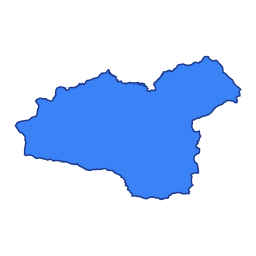 Silos, Norte de Santander, Colombia, rotated 90°
{"feature_id": "7082276B89069958186341", "entity_name": "Silos", "entity_type": "district", "adm_level": 2, "iso_a3": "COL", "parent_name": "Colombia", "parent_adm1": "Norte de Santander", "projection": "robinson", "projection_center": [-72.792, 7.177], "detail": "fine", "context": "isolated", "style": "filled", "palette": "blue", "viewbox_px": 256, "rotation_deg": 90, "n_neighbors": 0, "source": "geoboundaries", "source_scale": "gbopen_adm2", "svg_char_len": 5707}
<svg xmlns="http://www.w3.org/2000/svg" viewBox="0 0 256 256"><g transform="rotate(90 128 128)"><path d="M154.6,231.5L155.5,230.1L154.9,226.9L155.4,224.0L156.4,222.4L157.5,221.3L157.7,220.7L158.1,220.2L158.4,219.0L157.8,217.0L158.1,215.7L158.0,214.7L158.5,213.8L158.5,213.0L158.9,212.3L159.1,210.7L160.0,208.6L159.3,206.0L159.3,205.0L160.6,203.3L160.9,202.5L160.8,201.3L160.4,199.6L160.9,196.1L161.2,195.0L161.7,194.6L161.4,193.0L162.0,192.7L162.0,192.3L161.6,191.4L162.1,190.7L161.9,189.2L163.9,184.8L164.0,183.2L164.3,182.5L164.1,181.7L164.5,181.5L164.4,180.7L163.9,180.2L164.3,179.4L163.9,178.5L164.8,178.3L165.0,177.5L166.1,176.4L166.8,174.8L166.9,174.2L167.5,173.7L168.3,171.5L168.7,170.9L169.5,170.5L169.4,169.2L170.0,168.8L169.8,168.0L170.2,167.6L170.3,165.7L170.0,164.2L169.5,163.5L169.4,161.0L169.7,160.4L169.2,158.7L169.4,156.6L169.2,155.3L169.4,154.4L168.7,153.5L168.4,150.9L169.1,149.7L170.3,148.5L170.5,144.2L171.0,143.0L172.0,142.1L172.5,141.3L173.0,140.9L175.4,135.4L175.9,135.0L177.2,134.9L177.5,133.2L180.9,130.8L182.4,131.1L183.2,130.2L183.9,130.0L184.7,130.4L185.4,130.5L186.4,128.3L188.2,127.9L189.6,128.5L190.4,126.9L192.8,125.3L193.6,123.9L196.1,123.9L195.7,122.0L195.9,120.5L196.5,118.3L196.4,116.4L198.0,113.0L198.5,111.0L198.7,109.1L198.3,108.2L197.5,107.2L197.4,106.4L197.0,105.7L197.3,103.9L197.0,102.7L198.1,99.8L197.6,98.0L198.9,96.4L199.4,95.2L199.3,94.0L198.6,93.3L198.9,92.6L198.3,91.4L198.0,87.9L196.9,87.3L196.1,87.3L195.7,87.0L195.4,86.5L195.4,85.7L194.6,85.2L194.4,84.7L193.3,83.4L193.3,81.4L192.6,79.2L192.7,78.3L192.3,77.3L192.6,76.2L193.1,75.7L193.1,75.0L193.9,72.4L193.5,69.1L193.8,67.2L193.0,67.2L192.1,66.5L191.7,66.4L190.2,67.5L189.3,67.4L186.1,64.7L185.1,63.1L184.3,64.0L183.6,64.4L179.4,64.7L177.1,64.1L174.6,64.9L174.1,64.3L173.1,61.9L172.8,60.4L173.2,58.5L172.9,57.7L171.8,57.5L164.1,58.7L163.3,59.3L162.4,60.9L159.8,62.0L157.5,62.0L156.2,61.7L155.0,60.2L154.0,59.5L153.6,57.9L152.7,56.7L149.8,56.4L148.6,56.7L147.9,58.7L147.6,58.6L147.1,59.8L146.2,60.0L143.8,59.1L143.6,58.8L143.8,58.4L143.6,58.1L143.0,58.1L141.6,58.7L141.3,57.5L141.0,57.3L137.7,56.4L136.4,55.5L136.0,55.5L134.8,56.3L131.1,56.8L131.6,57.6L131.9,60.7L131.2,61.4L130.9,62.4L130.5,62.7L129.4,62.8L129.2,63.2L128.1,63.8L127.3,64.1L126.3,64.1L126.3,64.4L123.1,63.6L121.6,63.8L120.2,63.6L119.9,63.3L119.9,61.7L118.6,59.9L118.2,57.4L116.8,54.4L116.1,52.4L115.6,50.0L114.6,47.5L114.0,46.5L111.8,44.0L109.4,42.3L106.8,39.7L106.3,38.3L105.3,37.0L104.9,36.0L104.8,34.9L104.0,33.4L103.0,32.5L101.6,30.3L100.5,29.6L100.7,28.6L100.5,27.7L100.5,25.9L100.9,24.5L100.7,23.4L101.6,22.0L102.4,21.3L102.7,19.9L102.6,19.3L101.5,18.8L100.1,18.8L98.7,19.6L97.3,19.6L96.7,19.0L96.0,17.1L95.9,16.2L94.9,16.0L91.9,16.8L91.2,16.7L89.3,15.4L88.7,16.2L87.4,17.4L86.2,19.3L85.0,20.7L82.8,22.2L79.9,23.6L77.5,26.9L73.5,30.7L72.3,33.0L68.9,33.2L66.9,33.6L65.3,34.9L63.7,36.6L61.3,38.7L60.4,39.6L60.3,40.1L60.6,41.6L61.0,42.4L60.8,43.6L59.2,46.2L58.2,47.0L57.0,47.4L56.6,47.9L56.7,51.5L58.4,52.6L58.9,53.4L60.0,53.2L61.4,55.0L61.8,56.2L62.8,56.3L62.7,58.7L62.4,59.7L62.4,61.5L62.7,62.2L64.6,64.2L65.6,68.6L65.0,69.4L64.9,70.6L64.0,72.8L64.3,73.7L64.3,74.8L64.5,75.1L64.7,77.2L65.2,78.0L66.2,79.0L67.1,78.9L69.6,82.4L70.6,82.7L70.9,83.7L71.3,83.7L71.4,83.9L71.2,84.2L71.5,84.7L71.4,85.2L71.2,85.6L71.0,85.3L70.5,86.1L70.4,87.5L70.5,87.9L71.1,88.2L71.4,89.6L71.9,90.4L71.9,92.3L72.4,92.9L73.7,93.0L73.8,93.6L74.5,93.3L74.8,94.1L75.4,94.0L75.6,94.2L75.8,95.0L77.1,95.2L77.7,96.3L78.4,96.6L78.6,97.4L79.5,97.7L80.1,98.8L81.1,99.1L81.6,100.3L82.3,100.7L83.2,102.0L84.3,101.8L84.8,102.2L86.4,100.9L88.2,100.5L90.3,100.4L90.6,100.9L90.3,101.6L90.4,103.1L90.1,104.1L90.7,105.6L90.8,106.6L91.5,107.5L91.5,108.0L90.7,108.9L88.5,108.1L87.8,109.1L86.6,109.3L86.1,110.2L86.3,111.5L86.1,112.0L85.7,112.4L85.2,111.5L84.5,111.2L84.2,111.4L83.8,111.8L83.8,112.9L83.1,113.8L83.5,114.5L84.3,114.1L84.3,115.0L85.1,116.1L84.8,116.3L83.7,115.9L83.3,116.0L83.1,117.1L83.9,116.8L84.1,117.0L83.9,117.5L83.6,118.0L82.8,117.6L82.6,117.8L82.6,119.0L83.0,121.0L83.2,121.4L83.7,121.5L83.8,121.9L82.7,122.8L83.0,124.0L83.0,125.2L82.5,125.4L82.4,125.9L83.6,129.7L83.2,130.1L83.7,130.8L83.7,131.0L83.3,131.2L83.2,133.2L82.1,134.7L81.2,134.7L81.3,136.0L81.8,137.5L81.7,138.1L80.7,138.9L80.6,138.3L80.2,138.2L78.8,140.0L77.5,140.2L76.9,140.0L76.9,140.6L76.5,140.6L75.6,142.0L75.5,142.7L75.9,143.2L75.5,143.4L75.2,144.1L74.7,144.0L74.3,145.0L74.2,144.6L73.6,145.5L72.9,145.7L73.1,146.4L72.6,147.0L71.3,146.6L70.2,147.0L69.8,147.4L70.2,148.1L71.4,148.8L72.8,150.2L73.3,151.0L73.0,152.3L73.7,153.5L73.3,153.9L73.2,154.5L74.4,155.1L74.9,156.1L77.2,157.7L77.6,158.3L77.8,159.9L78.4,161.1L78.4,162.7L79.1,163.5L80.0,165.6L80.5,168.6L81.1,169.8L83.8,171.1L84.5,171.9L83.6,172.8L83.5,173.3L83.5,173.7L84.4,174.7L84.5,175.2L83.6,176.0L83.6,176.5L84.1,177.0L85.3,177.4L85.7,177.8L86.0,178.9L86.6,179.2L87.1,179.8L87.1,180.4L87.5,180.9L87.6,181.5L87.3,182.1L87.7,183.5L87.4,185.0L87.8,185.7L87.8,186.7L88.2,186.9L89.6,187.2L89.9,187.7L90.0,189.9L89.1,190.7L88.7,190.9L88.2,190.5L87.8,192.1L87.3,192.3L87.5,193.1L86.8,195.4L87.8,198.5L89.7,199.9L93.1,200.4L95.3,200.2L95.9,201.0L97.4,201.5L97.8,202.5L99.7,202.9L100.9,204.2L101.1,205.0L100.5,206.8L100.3,208.0L99.7,209.3L99.0,209.7L98.7,210.3L99.0,211.0L98.7,212.2L98.8,212.7L98.2,215.7L98.4,216.8L99.8,219.3L100.7,220.1L101.5,220.2L105.6,217.2L106.4,217.1L110.0,218.4L115.4,219.2L116.5,220.8L117.5,224.3L118.8,225.5L120.0,227.3L120.4,228.5L120.5,230.3L121.7,236.6L122.5,238.3L123.2,239.2L125.9,240.6L127.2,239.5L131.6,236.7L132.3,235.9L133.2,233.7L133.6,233.3L136.0,231.3L137.2,230.6L139.4,231.0L141.6,230.4L143.4,230.3L149.9,231.4L152.7,231.3L154.6,231.5Z" fill="#3b82f6" stroke="#1e3a8a" stroke-width="1.5"/></g></svg>